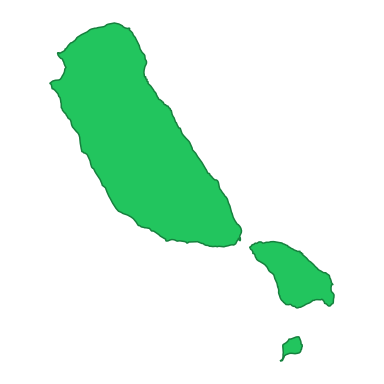 outline of Nguna, Shefa, Vanuatu
{"feature_id": "77236927B53678457839449", "entity_name": "Nguna", "entity_type": "district", "adm_level": 2, "iso_a3": "VUT", "parent_name": "Vanuatu", "parent_adm1": "Shefa", "projection": "orthographic", "projection_center": [168.363, -17.466], "detail": "fine", "context": "isolated", "style": "filled", "palette": "green", "viewbox_px": 384, "rotation_deg": 0, "n_neighbors": 0, "source": "geoboundaries", "source_scale": "gbopen_adm2", "svg_char_len": 5914}
<svg xmlns="http://www.w3.org/2000/svg" viewBox="0 0 384 384"><path d="M62.5,110.2L64.7,113.0L65.3,113.2L66.0,114.3L66.5,115.5L67.3,116.4L67.9,117.9L69.1,118.9L69.7,119.1L70.4,120.0L71.0,121.6L71.6,124.7L72.5,126.9L76.6,131.8L77.6,132.6L78.9,134.6L79.7,137.3L80.3,143.3L81.3,149.0L81.6,150.0L81.7,151.1L82.0,151.6L82.9,151.9L83.7,152.8L85.5,153.3L85.9,153.7L86.7,154.1L87.4,155.0L90.1,160.9L90.7,163.9L91.6,167.0L92.6,168.2L93.6,168.6L95.0,171.6L96.0,173.3L100.2,179.6L101.9,183.8L102.3,185.3L105.4,187.7L107.1,192.2L108.9,196.2L110.4,198.8L112.7,203.2L116.1,208.5L118.5,211.2L121.1,212.3L123.0,213.5L127.5,215.0L131.1,217.0L133.4,218.7L136.3,222.3L138.1,225.2L138.5,225.5L139.8,225.7L141.3,226.9L143.8,227.4L144.5,227.7L146.2,227.8L149.5,228.4L151.5,230.9L153.6,231.1L154.3,231.5L158.8,234.6L160.3,236.1L165.6,239.2L165.7,240.1L166.2,241.0L167.5,241.0L168.5,240.7L169.7,240.1L171.9,239.5L174.3,239.8L177.1,241.1L179.8,240.8L184.8,241.6L186.2,242.2L187.0,243.1L187.4,243.0L188.1,242.7L188.5,242.2L189.4,242.0L197.6,241.7L201.7,243.4L203.6,243.7L204.1,244.5L206.0,245.3L207.7,245.4L208.7,245.7L209.3,246.2L211.0,246.3L212.9,246.6L215.5,246.3L217.4,246.7L218.1,246.4L219.2,246.3L223.9,246.8L225.5,246.3L228.0,245.8L230.9,244.9L232.7,244.8L233.4,245.0L234.3,244.7L235.7,243.7L237.1,240.8L237.9,239.9L238.5,238.4L239.0,238.2L239.4,240.2L239.9,240.6L240.1,240.6L240.4,239.9L240.3,238.0L239.7,236.6L239.7,236.1L240.1,235.2L241.3,232.6L241.5,230.8L240.9,228.3L239.9,226.5L238.3,224.7L237.2,224.1L234.9,220.6L233.2,217.3L232.1,213.5L231.5,212.2L229.9,206.0L228.5,203.0L227.4,199.2L226.2,197.2L224.9,196.1L223.9,194.4L222.3,192.4L220.7,189.9L220.0,189.2L219.3,187.2L218.5,182.9L217.9,181.3L217.2,180.5L216.4,180.0L214.6,179.8L214.4,179.6L212.4,177.7L211.6,176.5L210.2,175.3L209.6,173.9L209.0,173.4L208.4,173.4L207.6,172.8L206.4,170.0L205.7,169.0L201.8,162.3L197.6,156.6L195.7,153.3L192.7,150.1L192.3,149.3L192.2,148.2L192.0,147.7L189.7,142.5L188.9,141.3L185.9,138.2L183.4,135.4L182.0,133.5L180.3,128.5L179.9,128.1L178.7,127.8L177.0,124.5L176.4,122.8L175.8,122.4L175.4,121.7L174.1,117.9L173.0,116.3L172.1,114.3L171.3,110.5L170.9,110.4L170.5,110.1L170.3,109.1L170.0,108.5L169.2,108.0L167.9,106.1L166.8,105.9L165.4,104.7L164.6,104.6L163.9,103.9L163.2,102.2L162.3,102.0L161.7,100.9L160.4,100.1L159.8,99.5L159.0,99.4L158.5,98.9L158.0,97.5L157.2,96.6L157.0,95.8L156.4,94.8L156.3,94.1L155.4,92.4L154.2,91.4L153.7,90.2L150.8,86.1L148.1,83.5L148.0,81.8L147.9,81.6L147.0,81.2L146.9,81.0L146.9,80.2L147.0,80.0L147.0,79.4L145.8,78.8L145.7,77.0L145.5,76.8L144.7,76.9L144.5,76.6L143.9,72.6L144.1,70.2L144.9,66.6L145.9,64.7L146.5,63.2L146.5,61.6L146.1,60.5L145.2,59.2L144.8,55.7L144.6,55.1L143.8,54.1L142.1,52.4L140.1,49.0L139.2,45.5L135.8,38.7L135.3,37.5L133.4,35.3L132.5,33.0L131.3,31.6L129.4,30.0L129.4,29.7L129.6,29.3L129.6,28.4L129.4,28.2L128.4,28.2L127.9,28.5L125.4,28.0L123.4,27.0L122.2,25.7L118.9,24.0L114.4,23.0L108.1,24.2L106.6,24.8L105.6,25.7L104.3,26.5L103.2,26.8L98.0,27.6L96.2,28.2L94.8,28.2L91.3,29.1L89.8,29.8L87.2,31.9L81.4,34.7L79.3,36.1L78.2,36.7L76.8,37.8L76.5,38.6L76.0,39.0L74.9,40.6L73.7,41.3L72.4,42.4L70.6,43.0L68.3,45.5L66.8,47.8L65.8,48.8L65.0,49.2L65.2,49.9L64.0,51.0L59.8,53.3L59.6,53.4L59.1,52.7L57.8,52.8L57.6,53.2L58.1,55.2L59.2,56.7L60.8,58.4L61.9,58.7L62.6,59.5L63.0,60.8L63.7,61.9L64.3,64.2L65.3,66.4L65.9,67.2L65.8,67.7L64.9,68.9L64.4,72.0L63.3,74.5L62.6,75.4L61.5,77.6L60.3,79.3L58.8,80.0L55.2,80.3L52.6,81.1L50.0,83.2L50.1,83.6L51.0,84.2L51.3,84.6L52.1,88.5L52.3,88.8L53.5,89.0L54.2,89.7L54.9,90.2L58.0,93.8L58.8,96.3L60.0,97.6L60.6,100.1L60.8,102.1L61.2,103.4L61.3,107.7L62.1,108.6L62.5,110.2ZM286.0,304.5L288.7,304.7L289.8,304.4L290.8,304.4L292.1,305.7L293.4,306.3L295.0,306.4L295.6,307.2L296.5,307.8L297.9,307.9L298.8,307.4L300.6,307.2L303.9,305.6L306.3,304.1L309.7,302.8L311.9,301.3L312.7,300.4L314.0,300.4L314.9,299.9L316.8,299.6L320.9,299.8L321.4,299.4L321.7,299.3L322.6,299.6L323.3,300.7L324.1,301.4L324.6,303.3L326.5,304.0L327.8,305.4L328.7,306.0L329.8,306.0L330.5,305.6L331.6,304.1L332.9,303.5L333.3,302.4L333.5,298.9L333.9,297.4L334.0,295.3L333.9,294.6L333.2,293.4L331.5,291.6L331.1,290.3L331.0,287.5L331.2,286.8L331.3,285.3L331.5,284.9L332.7,284.6L332.8,284.4L331.5,282.7L331.3,282.6L331.3,281.5L330.4,278.8L330.0,278.5L329.4,275.8L329.0,275.2L326.5,273.5L325.8,272.8L323.3,272.6L321.2,271.2L319.2,270.2L317.8,269.3L317.7,268.7L315.1,266.4L313.5,264.5L310.6,261.9L308.7,260.7L306.6,258.1L302.7,254.8L302.6,253.9L301.9,253.9L301.7,253.7L301.6,252.9L301.5,252.7L300.2,252.6L300.0,251.4L299.6,251.3L297.4,251.4L296.6,250.9L294.0,249.9L293.1,249.2L290.9,248.2L289.4,247.1L288.2,246.8L287.6,245.6L286.3,245.2L284.2,244.1L283.2,243.9L281.9,243.0L273.7,241.6L270.9,241.7L268.8,242.3L266.1,242.3L264.2,243.0L262.8,243.1L261.2,242.0L259.8,241.9L258.6,242.1L257.2,243.2L256.7,243.4L255.9,243.1L254.8,243.4L254.1,244.2L253.1,244.5L251.7,245.2L251.4,246.1L249.8,247.2L249.9,247.7L250.2,248.1L250.6,249.2L252.0,250.2L252.5,251.3L252.9,251.9L252.8,253.2L253.1,253.5L253.9,253.6L254.8,254.6L255.4,256.9L256.0,257.9L256.8,259.5L258.5,260.9L259.5,261.3L263.5,263.7L265.1,264.9L267.2,267.3L268.9,270.7L270.6,272.3L271.3,272.6L272.9,273.9L273.9,275.1L274.9,278.7L277.0,283.3L277.7,286.9L278.0,286.9L278.0,287.3L278.7,289.9L278.6,292.9L279.1,294.5L279.7,296.1L279.8,296.1L279.8,296.6L280.5,298.5L281.5,300.1L283.2,301.7L283.6,302.4L284.3,302.8L286.0,304.5ZM280.5,360.6L280.7,361.0L281.3,360.9L282.4,360.5L284.1,357.0L284.4,355.9L286.0,354.7L289.8,353.3L291.9,353.3L295.0,353.7L297.5,353.3L299.3,352.8L300.2,352.0L300.8,350.9L300.9,349.9L301.4,349.4L301.6,348.8L301.7,347.4L302.2,346.7L302.2,345.5L302.0,344.6L301.0,343.9L301.0,342.4L300.7,341.0L299.1,337.1L298.3,336.8L296.2,337.0L291.0,339.0L289.1,339.1L288.1,340.8L287.4,341.6L285.9,342.9L283.4,344.4L282.9,345.0L282.8,346.1L283.3,352.6L283.0,355.0L283.1,356.0L282.8,358.2L282.2,359.6L280.5,360.6Z" fill="#22c55e" stroke="#15803d" stroke-width="1.5"/></svg>